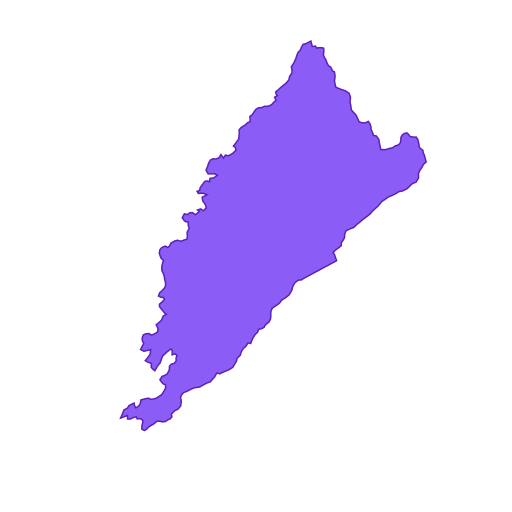 Jandaia, Goiás, Brazil, rotated 34°
{"feature_id": "56859067B45662810904248", "entity_name": "Jandaia", "entity_type": "district", "adm_level": 2, "iso_a3": "BRA", "parent_name": "Brazil", "parent_adm1": "Goiás", "projection": "equal_earth", "projection_center": [-50.192, -17.128], "detail": "fine", "context": "isolated", "style": "filled", "palette": "violet", "viewbox_px": 512, "rotation_deg": 34, "n_neighbors": 0, "source": "geoboundaries", "source_scale": "gbopen_adm2", "svg_char_len": 4734}
<svg xmlns="http://www.w3.org/2000/svg" viewBox="0 0 512 512"><g transform="rotate(34 256 256)"><path d="M271.0,446.0L273.6,443.7L274.4,441.3L275.8,439.2L276.3,436.5L274.3,434.4L275.1,429.9L277.1,426.2L277.4,422.5L275.5,418.5L272.4,415.2L271.9,412.2L272.5,409.5L274.6,406.5L276.6,402.8L278.4,400.0L280.9,397.6L282.5,396.2L285.2,390.8L286.6,388.3L288.5,385.8L289.3,379.1L288.9,375.0L291.9,373.9L294.0,370.1L295.9,367.4L297.2,365.4L299.0,361.3L298.8,357.6L298.6,354.0L297.6,351.6L298.4,346.9L297.3,343.5L297.2,339.8L298.1,336.4L298.0,332.5L300.5,331.5L299.4,326.7L299.2,322.1L299.9,318.1L299.2,315.5L301.4,312.9L302.6,310.6L302.3,307.9L303.7,303.3L303.2,299.9L301.6,297.1L299.5,294.0L298.6,290.1L300.3,286.1L301.8,282.2L302.0,278.0L303.7,274.4L305.2,269.6L304.9,264.5L303.5,260.6L303.2,256.2L304.7,252.2L306.9,250.6L308.1,247.8L323.3,218.9L325.5,214.8L322.4,212.6L320.4,211.0L318.0,210.0L318.5,206.9L319.9,203.1L320.9,199.8L319.3,197.2L319.4,193.6L319.0,191.0L317.3,188.3L316.5,184.8L318.5,181.3L321.1,177.7L322.0,173.2L323.1,170.0L323.9,166.9L325.3,162.8L327.1,157.3L327.5,153.4L328.5,149.3L329.2,146.8L329.8,140.6L331.2,137.2L332.9,132.8L335.0,129.6L337.1,125.9L338.5,122.7L340.9,120.4L342.2,118.3L343.6,115.8L344.3,112.7L345.0,109.0L347.4,105.1L347.1,100.3L344.6,96.9L344.0,94.1L344.0,89.6L343.6,86.5L344.5,82.9L341.4,80.3L339.4,78.4L336.8,76.8L335.2,75.0L332.9,75.0L330.6,74.5L328.8,72.5L325.5,69.2L322.3,67.8L320.2,69.3L316.7,70.8L314.6,69.9L312.3,69.5L310.4,71.5L309.6,73.9L309.8,76.6L311.5,79.3L312.5,82.2L311.7,84.6L309.8,87.0L308.7,90.0L306.6,92.0L304.1,95.2L300.0,98.0L297.5,95.6L294.8,93.0L292.6,90.6L288.6,89.2L285.8,90.4L284.1,88.8L280.7,86.8L279.0,84.6L276.8,82.8L273.8,81.6L272.2,84.6L269.2,86.3L266.5,87.1L263.3,85.1L260.1,83.2L255.7,82.2L253.3,81.5L250.0,77.8L248.0,76.0L245.6,71.6L242.1,69.0L237.5,69.1L234.1,70.1L230.5,70.9L227.8,71.4L225.1,69.0L222.9,66.6L221.9,64.3L220.4,61.9L218.0,59.5L215.7,59.8L213.8,58.3L211.8,57.5L209.8,57.8L206.9,56.2L203.8,54.0L201.5,53.1L199.4,51.5L197.7,48.2L195.9,45.9L194.1,46.5L191.5,48.2L189.9,49.8L188.1,48.7L185.4,50.8L183.3,48.9L181.3,47.1L180.0,49.6L178.7,52.0L176.7,54.1L176.9,57.3L177.6,60.8L177.0,63.5L177.7,67.0L178.7,70.3L179.4,75.0L179.5,79.4L181.7,81.5L183.4,84.1L183.4,88.2L184.8,91.7L184.2,96.1L183.2,99.2L182.3,102.3L181.6,105.4L180.6,109.0L182.1,110.5L184.0,111.1L182.6,114.0L185.6,115.7L184.7,118.6L184.3,121.8L182.5,124.9L179.3,127.2L177.6,129.9L175.1,131.8L173.9,134.6L173.8,137.7L173.8,141.1L172.9,143.8L174.6,145.8L176.1,148.1L174.6,149.8L173.8,153.5L171.9,157.5L171.4,160.8L174.1,164.5L176.2,168.8L176.1,173.2L175.8,177.5L178.2,177.6L180.2,179.5L179.4,183.6L178.4,186.0L176.9,188.4L174.2,189.4L174.2,193.1L170.2,191.5L170.4,195.3L168.4,198.2L166.1,199.3L164.6,201.8L164.7,205.0L165.8,208.8L166.5,212.7L170.4,214.7L175.5,211.1L178.8,210.6L177.3,214.8L174.4,217.5L176.0,220.3L173.4,221.1L171.8,222.8L171.5,230.5L172.6,233.2L171.0,235.3L173.2,236.4L176.8,233.6L181.2,232.6L178.5,237.4L181.2,240.2L185.1,241.6L187.8,243.8L187.2,247.8L183.7,247.9L181.8,250.6L184.1,250.7L182.7,255.7L179.2,255.5L176.9,257.1L176.3,259.7L173.0,261.1L173.5,265.5L176.6,266.8L178.6,266.9L180.6,265.6L182.9,268.7L185.2,270.4L185.6,274.8L188.1,278.1L189.3,280.7L187.1,283.5L185.2,286.0L182.3,286.7L180.1,289.1L178.2,293.0L178.8,295.7L178.1,298.2L175.2,298.5L173.2,301.7L172.8,304.4L174.2,307.7L176.6,309.6L178.7,311.0L181.7,311.4L183.0,315.5L184.4,318.4L186.1,320.7L188.7,322.2L191.5,324.3L192.9,326.1L195.7,328.5L197.7,331.2L198.0,334.0L197.4,337.8L196.7,340.2L197.5,343.7L200.4,343.4L202.3,342.2L204.3,342.9L203.9,346.4L202.9,350.0L204.4,352.0L212.1,354.4L214.3,354.5L212.6,357.6L213.6,362.4L212.7,365.5L211.7,368.8L215.3,370.9L216.9,374.0L215.2,377.7L213.3,380.2L210.6,380.1L208.1,382.2L206.7,384.4L207.5,387.7L209.0,389.7L211.9,391.4L212.1,394.2L212.6,398.1L216.3,397.7L218.7,395.1L221.0,392.5L223.2,396.7L223.1,400.6L222.7,404.7L225.9,404.5L229.3,403.5L231.4,406.9L233.7,407.5L236.3,407.7L235.9,401.9L236.3,398.3L234.5,391.3L235.8,385.5L237.4,380.7L239.5,381.2L241.7,384.8L243.5,382.5L246.1,382.5L246.7,385.1L248.5,387.7L248.3,390.6L246.2,393.1L245.9,395.8L247.9,399.0L248.3,403.4L247.0,406.3L245.4,408.3L245.5,412.2L247.7,413.2L250.4,413.9L252.9,413.4L254.7,415.5L255.2,418.4L255.4,423.3L253.9,427.2L252.8,429.7L251.1,431.8L249.2,433.5L246.4,434.0L244.1,436.2L241.1,439.6L242.6,443.1L242.6,446.0L241.3,449.1L239.0,448.0L237.1,446.1L234.3,451.1L234.5,454.0L232.6,457.5L233.4,460.9L234.4,466.1L236.4,463.3L238.6,460.1L240.7,463.0L243.2,461.2L244.4,458.8L246.7,456.3L248.5,457.5L250.5,456.0L252.5,455.2L254.8,456.3L256.1,460.0L258.1,463.4L261.1,463.1L262.2,460.6L262.7,457.5L265.4,451.8L266.2,448.5L268.3,446.8L271.0,446.0Z" fill="#8b5cf6" stroke="#5b21b6" stroke-width="1.5"/></g></svg>